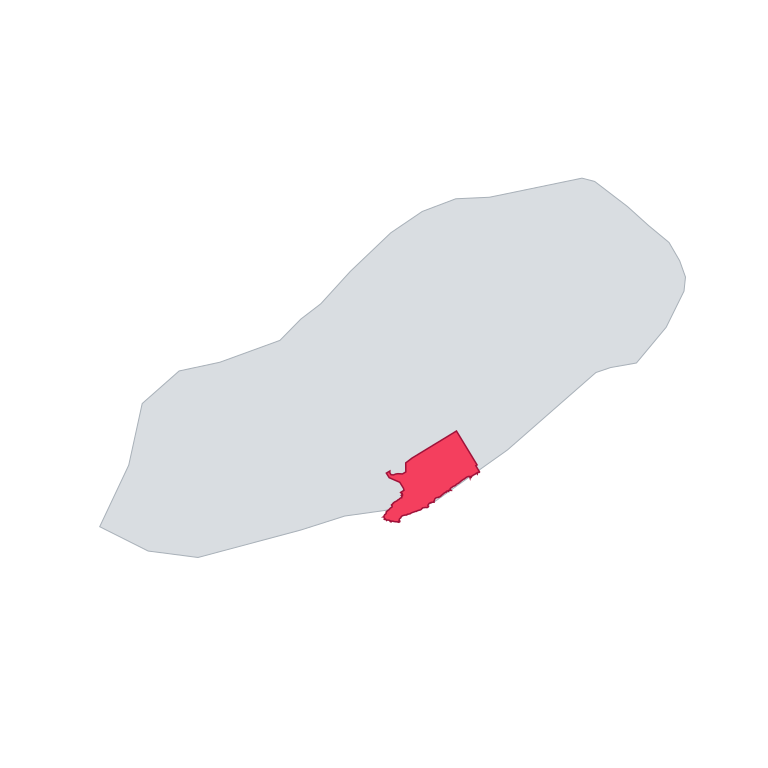 location of 86, Ar Rayyān, Qatar, rotated 239°
{"feature_id": "91078587B46444112589307", "entity_name": "86", "entity_type": "district", "adm_level": 2, "iso_a3": "QAT", "parent_name": "Qatar", "parent_adm1": "Ar Rayyān", "projection": "equal_earth", "projection_center": [50.779, 25.397], "detail": "fine", "context": "in_parent", "style": "filled", "palette": "rose", "viewbox_px": 768, "rotation_deg": 239, "n_neighbors": 0, "source": "geoboundaries", "source_scale": "gbopen_adm2", "svg_char_len": 5907}
<svg xmlns="http://www.w3.org/2000/svg" viewBox="0 0 768 768"><g transform="rotate(239 384 384)"><path d="M410.7,684.1L383.8,692.3L358.5,701.2L337.3,700.9L320.4,697.5L309.1,689.0L287.3,655.1L272.0,611.2L281.4,586.7L284.7,571.5L263.9,455.9L257.1,367.3L259.6,349.2L271.5,328.3L291.1,282.2L301.6,237.8L331.1,135.2L362.3,95.8L408.1,66.8L445.9,123.4L491.8,166.7L500.7,215.1L487.2,254.5L475.0,317.3L482.5,346.2L485.3,371.1L497.9,413.2L510.1,467.7L512.2,505.7L505.8,540.9L489.8,570.5L458.5,659.7L449.1,668.9L410.7,684.1Z" fill="#d9dde1" stroke="#a8b0b8" stroke-width="1"/><path d="M306.4,340.1L301.0,340.2L291.6,346.9L284.7,347.0L282.6,346.4L282.5,342.4L281.8,342.6L281.6,342.7L281.3,342.6L281.2,342.7L280.8,342.6L280.5,342.7L280.5,342.8L280.4,342.7L279.8,342.7L279.8,342.8L279.6,342.7L279.5,342.8L279.3,342.6L279.1,342.5L279.2,342.4L278.9,342.2L278.1,341.3L279.0,341.5L279.4,341.8L279.5,342.0L279.6,341.9L279.6,342.0L279.8,342.3L279.4,341.6L279.1,341.5L278.2,341.2L277.8,340.5L277.7,339.8L277.7,338.9L277.7,338.5L277.5,338.1L277.4,337.4L277.5,336.6L277.5,336.3L277.4,335.8L277.3,335.5L277.2,334.3L277.3,333.9L277.3,333.1L277.4,332.8L277.4,332.3L277.4,332.0L277.3,331.4L277.3,331.1L277.1,330.9L277.2,330.7L276.9,330.2L277.0,330.0L276.6,329.1L276.6,328.8L276.3,328.6L276.5,328.2L276.3,328.1L276.3,328.5L276.2,328.5L275.9,328.4L276.0,328.0L275.9,328.3L275.5,328.3L275.2,328.2L274.9,328.0L274.5,327.5L274.3,327.2L274.4,326.2L274.3,325.8L274.3,325.3L274.1,324.8L274.0,324.3L273.8,324.1L273.8,323.6L273.6,323.1L273.7,322.7L273.6,322.2L273.6,321.8L273.4,321.6L273.4,321.3L273.5,321.1L273.4,320.8L273.4,320.6L273.1,320.3L273.1,319.8L272.6,319.7L272.2,319.5L272.1,319.4L272.1,319.2L271.8,318.8L271.8,318.5L271.6,318.2L271.7,317.5L271.7,317.4L271.4,317.0L271.2,316.4L270.9,316.2L270.3,315.7L270.4,315.4L270.4,315.1L270.2,315.4L269.5,315.4L269.1,315.2L268.8,315.2L268.5,315.4L268.3,315.4L268.0,315.1L268.0,314.8L267.9,314.6L267.5,314.9L267.6,315.0L267.7,315.4L267.6,315.6L267.4,315.7L267.1,315.8L266.8,315.9L266.2,316.0L265.7,316.0L265.8,316.4L265.7,316.6L265.4,317.3L265.1,317.6L264.6,318.2L264.4,318.3L264.1,318.6L263.8,318.8L263.6,318.9L263.3,318.5L263.1,318.5L263.0,319.0L262.8,319.6L262.5,319.8L262.0,319.2L261.8,319.5L262.0,319.3L262.3,319.7L262.4,319.8L262.2,320.3L262.1,320.6L261.4,321.4L261.0,321.6L260.8,321.9L260.0,322.9L259.0,324.5L258.4,325.4L258.1,325.6L257.9,325.6L257.9,325.4L257.8,325.5L257.9,325.9L257.8,326.2L257.8,326.6L257.9,327.0L258.0,327.2L258.0,327.3L258.0,327.2L258.3,327.1L258.3,326.7L258.6,326.4L259.2,326.5L259.3,326.6L259.6,327.0L260.0,327.4L260.3,327.7L260.5,328.1L260.6,329.0L260.6,329.3L260.8,329.7L261.0,329.8L261.1,330.1L261.3,330.3L261.4,330.5L261.4,330.9L261.5,331.4L261.6,331.5L261.6,332.0L261.2,333.3L261.0,334.0L260.8,334.5L260.1,335.8L260.0,336.3L260.1,336.6L260.3,336.7L260.2,337.3L259.9,337.8L259.6,338.7L259.6,338.8L259.3,339.4L259.3,339.9L259.4,341.0L259.4,341.6L259.2,342.1L259.1,342.5L259.1,342.8L259.1,343.0L258.9,343.6L258.8,343.8L258.8,344.5L258.6,345.3L258.2,345.9L258.3,346.1L258.2,346.3L258.1,346.5L258.2,347.5L258.0,347.8L258.0,348.2L257.9,348.4L257.9,348.6L257.7,349.0L257.7,349.3L257.4,349.9L257.4,350.3L257.3,350.5L257.3,351.3L257.5,351.6L257.6,351.9L257.7,352.3L257.6,352.6L257.8,352.8L257.9,353.2L257.8,353.6L256.9,355.7L256.6,356.3L256.2,356.8L255.9,357.2L255.8,357.6L255.8,358.3L256.1,359.1L256.3,359.3L256.6,359.0L257.2,359.0L257.4,359.1L257.7,359.5L257.9,359.9L258.0,360.3L258.3,360.8L258.4,361.0L258.4,361.8L258.3,362.3L258.2,362.5L258.0,362.4L258.3,362.5L258.3,362.8L258.2,362.9L257.9,362.9L257.8,363.1L257.9,362.9L258.0,362.9L258.0,363.0L258.1,362.9L258.3,363.0L258.2,363.4L257.9,363.3L258.1,363.4L258.1,363.5L257.9,364.0L257.7,364.0L257.9,364.1L257.4,365.2L257.0,365.9L256.9,366.1L257.1,366.2L257.3,366.1L257.6,366.0L257.8,366.2L258.1,367.1L258.4,367.3L258.5,367.6L258.9,367.9L259.1,368.1L259.3,368.3L259.5,368.9L259.6,369.7L259.6,370.1L259.3,371.1L258.7,372.3L258.5,372.6L258.7,372.3L258.9,372.5L258.7,372.8L258.8,373.0L258.6,373.4L258.6,374.0L258.7,374.7L258.6,374.8L258.8,375.0L258.9,375.3L258.9,375.6L259.1,376.4L259.0,376.5L259.0,376.9L259.3,377.8L259.2,378.1L259.4,378.4L259.4,378.6L259.5,378.9L259.4,379.5L259.6,379.7L259.5,380.2L259.5,380.7L259.3,381.2L259.2,381.6L259.5,381.7L259.7,381.8L259.8,382.2L259.8,382.6L259.6,383.1L259.3,383.5L259.1,383.7L259.3,383.7L259.5,383.9L259.5,384.4L259.5,384.7L259.2,385.2L259.0,386.1L258.7,386.1L258.6,386.3L258.8,386.2L259.0,386.2L259.1,386.5L258.7,386.5L258.7,386.4L258.6,386.5L259.2,386.5L259.4,386.6L259.6,386.4L260.1,386.7L260.3,387.2L260.5,388.3L260.4,388.6L260.5,389.1L260.5,389.6L260.7,390.2L260.4,391.5L260.5,391.9L260.3,392.2L260.3,392.7L260.2,393.0L260.2,393.4L260.3,393.6L260.6,393.8L260.7,394.1L260.7,394.3L260.8,394.6L260.6,395.3L260.6,395.5L260.7,395.8L260.7,396.1L260.6,396.3L260.6,396.5L260.5,397.2L260.8,397.6L260.9,398.0L260.8,399.0L261.0,399.5L261.0,400.0L261.2,400.3L261.3,400.4L261.3,400.5L261.2,401.4L261.3,401.6L261.3,401.9L261.3,402.2L261.4,402.9L261.4,403.1L261.2,404.0L261.4,404.3L261.4,405.4L261.4,405.8L261.6,406.0L261.6,406.5L261.4,408.2L261.1,409.1L260.8,409.6L260.6,409.7L260.3,409.6L259.9,409.7L259.9,409.8L260.3,409.7L260.5,409.8L260.2,410.1L259.9,410.3L259.7,410.0L259.7,409.6L259.0,409.4L259.1,409.5L259.6,409.7L259.7,410.2L259.7,410.4L259.7,410.5L259.8,410.3L260.0,410.6L259.8,411.0L259.7,410.5L259.8,411.0L259.7,411.1L259.4,411.0L259.3,410.9L259.2,410.9L259.3,411.1L259.9,411.3L259.8,411.9L259.7,412.8L259.8,412.9L259.9,413.1L259.9,413.6L259.8,414.9L259.7,415.3L259.7,415.5L259.9,416.1L259.9,416.9L260.0,417.1L259.9,417.7L259.9,418.1L259.7,418.3L258.9,417.7L259.0,417.6L258.9,417.6L259.8,418.7L259.9,418.8L259.7,419.2L259.2,420.1L259.4,420.6L266.7,420.6L266.7,422.1L306.4,421.9L306.1,370.0L305.2,362.0L297.4,357.4L297.4,353.5L300.0,349.7L300.8,347.7L301.2,345.3L302.6,343.3L304.9,343.3L306.4,344.2L306.4,340.1Z" fill="#f43f5e" stroke="#9f1239" stroke-width="1.5"/></g></svg>